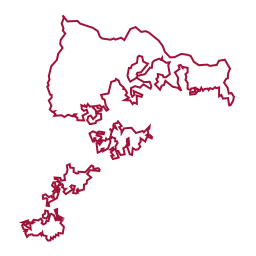 Ñürüm, Veraguas, Panama (orthographic projection)
{"feature_id": "35544464B55183613769543", "entity_name": "Ñürüm", "entity_type": "district", "adm_level": 2, "iso_a3": "PAN", "parent_name": "Panama", "parent_adm1": "Veraguas", "projection": "orthographic", "projection_center": [-81.4, 8.371], "detail": "fine", "context": "isolated", "style": "outline", "palette": "rose", "viewbox_px": 256, "rotation_deg": 0, "n_neighbors": 0, "source": "geoboundaries", "source_scale": "gbopen_adm2", "svg_char_len": 5706}
<svg xmlns="http://www.w3.org/2000/svg" viewBox="0 0 256 256"><path d="M62.7,15.4L63.8,17.9L61.7,23.6L63.5,28.3L62.8,30.5L65.3,33.6L60.7,39.9L60.2,44.1L62.6,48.0L58.2,53.7L56.9,59.9L51.2,66.3L48.8,76.3L49.5,79.7L47.7,82.9L48.7,85.4L47.3,86.6L50.1,94.6L51.6,95.0L51.6,97.7L48.8,100.4L51.4,105.7L49.8,109.5L52.3,111.8L54.5,111.4L53.5,112.5L55.4,114.2L54.3,115.8L61.6,115.3L64.4,117.0L68.1,114.7L72.7,116.3L73.9,114.4L76.1,114.3L74.8,116.5L77.3,117.6L77.4,120.2L84.0,120.5L82.5,115.7L87.8,112.8L86.8,109.9L83.6,110.8L81.8,109.0L81.4,105.2L84.6,106.5L84.9,105.4L86.5,107.0L87.8,104.1L89.8,106.5L94.6,106.2L93.1,107.8L95.8,110.3L96.5,115.7L93.1,119.1L90.8,115.6L88.4,116.5L87.2,120.3L89.9,124.2L95.6,123.1L96.2,121.1L101.3,119.1L101.0,113.8L97.9,113.5L97.5,111.4L101.3,110.6L101.7,109.2L97.5,107.9L96.6,105.9L99.7,105.3L101.9,107.3L103.5,106.4L106.4,110.7L108.3,109.5L105.7,105.2L104.6,99.6L102.5,98.7L101.1,94.9L108.5,93.4L111.2,81.9L115.3,80.6L116.1,78.9L118.7,80.7L120.1,84.4L123.8,87.5L123.3,89.0L124.9,89.2L127.1,92.7L125.5,95.1L128.9,97.7L124.5,100.2L130.2,100.4L132.6,104.1L134.0,102.5L136.9,103.8L136.7,95.6L141.5,96.9L142.3,94.9L133.5,91.0L134.5,94.8L132.3,96.7L130.9,93.7L131.0,88.1L135.2,86.1L139.9,87.7L143.4,84.4L150.5,88.7L151.4,86.3L149.7,81.8L144.0,82.1L137.8,78.6L136.7,76.3L136.7,77.7L130.3,81.6L128.4,78.4L127.5,75.8L128.9,68.0L130.8,68.2L131.8,65.3L137.0,62.8L137.7,57.0L139.1,55.8L142.1,56.7L143.3,61.6L147.9,63.8L141.0,72.3L137.4,72.8L136.6,74.3L137.9,75.7L144.9,74.2L150.0,67.6L151.8,67.8L152.5,62.3L154.6,60.5L159.1,58.7L160.9,59.8L162.1,57.8L162.3,60.2L166.3,62.8L169.6,62.3L168.2,65.3L169.8,74.2L166.0,77.2L163.5,77.2L162.7,75.1L157.8,74.1L158.1,77.3L156.3,79.1L157.9,81.8L155.0,84.3L160.0,89.7L161.7,85.7L164.0,84.9L165.4,80.8L172.6,86.7L177.6,87.8L181.3,90.8L177.6,83.0L178.2,77.9L174.9,72.4L179.6,68.9L178.6,65.6L180.6,64.9L182.8,68.0L183.1,67.0L187.6,67.9L187.6,72.4L185.4,74.2L186.4,76.5L185.5,79.9L187.7,82.8L187.6,88.9L190.5,90.1L191.0,88.6L194.6,88.0L195.1,91.6L190.0,92.4L190.2,94.6L195.5,94.0L198.1,90.7L199.8,91.4L197.3,90.0L196.5,88.4L200.2,90.5L201.3,87.8L203.0,90.7L204.5,89.0L207.7,88.6L208.6,90.1L209.9,88.1L212.8,89.1L215.1,87.2L216.3,88.2L219.1,87.4L219.1,96.4L221.4,95.0L222.9,98.6L228.0,98.1L229.2,105.3L230.5,105.2L233.1,100.9L233.9,96.8L231.5,93.0L228.8,93.6L227.6,87.7L224.0,82.6L226.1,78.8L227.9,78.3L228.0,73.8L230.0,68.7L224.8,59.7L218.9,60.8L216.8,64.9L209.9,65.9L207.1,64.6L198.9,65.2L193.9,61.9L190.7,56.0L187.5,54.8L181.4,53.9L174.6,57.1L170.2,57.4L164.8,51.8L162.7,45.9L158.5,40.4L148.6,32.4L145.7,31.2L141.2,31.9L135.5,27.1L130.3,29.1L124.3,40.1L121.2,37.7L115.4,39.6L113.7,38.5L110.5,39.7L102.1,38.5L99.8,36.6L97.8,31.2L93.0,27.9L80.1,23.6L77.5,21.0L67.4,21.4L62.7,15.4ZM112.9,159.0L118.7,157.5L116.1,151.0L118.3,151.0L120.5,155.0L124.7,154.4L123.3,148.2L125.7,146.9L128.0,142.2L126.9,141.9L127.0,139.2L128.5,138.2L129.2,144.9L127.1,146.5L129.8,154.2L132.0,155.0L132.8,148.1L135.5,149.8L138.0,149.4L140.3,146.7L138.9,144.0L140.6,141.7L140.6,138.3L145.2,141.5L147.3,136.5L151.7,138.4L152.1,137.1L150.2,135.2L146.8,134.9L148.4,133.5L147.5,129.9L149.3,128.7L149.6,126.3L143.9,132.3L142.7,131.0L135.9,133.0L131.5,127.8L123.9,128.4L121.6,132.8L121.5,130.4L119.2,127.2L121.6,126.0L118.0,121.4L117.1,123.0L113.8,123.9L113.2,126.0L114.0,127.1L115.2,126.1L116.4,128.6L113.7,127.1L112.2,131.0L109.6,128.6L111.7,131.3L110.7,135.9L109.7,138.8L106.7,139.7L106.1,138.7L105.4,140.8L99.4,139.6L101.6,137.6L101.0,136.4L96.5,135.5L97.0,133.6L103.7,134.2L104.2,132.4L99.0,131.5L96.6,132.9L93.0,131.3L89.5,133.5L92.9,141.6L94.0,141.5L94.3,138.1L95.5,138.3L95.4,140.6L101.6,142.0L99.7,144.7L98.0,142.5L96.5,143.2L97.7,152.7L101.1,151.1L101.6,148.9L103.5,148.5L103.2,151.1L107.9,148.6L110.5,141.9L110.0,139.6L112.2,137.2L115.2,138.4L115.2,141.3L116.9,141.3L117.6,143.0L115.5,146.3L115.7,149.8L113.5,149.3L113.0,147.6L110.4,149.6L113.1,150.3L110.8,152.1L113.5,155.6L111.3,156.0L112.9,159.0ZM30.7,229.3L24.8,225.1L27.7,223.8L27.0,222.8L28.9,223.2L28.0,220.5L22.3,222.4L24.4,222.9L22.1,225.3L23.6,229.3L26.6,229.8L25.0,231.0L26.7,231.2L25.2,233.1L27.1,236.9L28.8,234.9L32.2,234.3L33.3,235.4L37.6,235.5L40.5,233.3L41.3,235.1L42.4,232.6L43.0,235.3L46.5,236.1L46.3,238.6L48.1,240.6L50.5,240.3L51.0,237.5L52.8,238.9L53.6,236.6L55.2,237.2L56.0,234.6L58.4,235.5L58.4,233.0L62.7,233.5L63.9,226.8L60.4,223.1L62.4,220.2L58.6,220.2L58.5,216.2L60.1,218.3L62.2,217.9L57.0,215.2L57.1,209.1L54.8,209.9L56.8,215.3L57.7,215.8L55.9,217.9L57.7,219.5L55.7,220.3L53.9,215.3L51.6,213.9L48.5,214.5L47.7,211.0L45.2,210.6L45.1,213.6L42.8,214.9L43.1,217.5L46.5,218.6L48.6,215.0L50.0,215.3L48.4,221.0L46.4,220.9L45.5,223.4L43.2,224.4L41.7,223.2L42.5,221.0L40.9,218.6L38.3,220.4L33.6,219.8L32.0,222.1L33.8,222.4L32.4,223.5L30.1,222.6L30.7,229.3ZM54.8,178.9L57.3,179.4L58.8,180.9L57.5,181.6L60.4,182.9L58.1,185.8L62.4,184.2L63.1,185.4L61.6,187.9L62.8,186.9L64.3,189.3L65.7,189.0L63.5,191.7L65.8,194.1L72.8,189.4L70.4,186.5L71.6,185.3L74.8,186.0L73.1,192.9L75.9,193.5L77.8,192.9L76.7,190.1L77.9,189.0L79.1,190.9L83.9,189.4L84.0,184.7L86.7,183.6L86.9,180.5L91.2,177.5L87.2,174.0L90.0,170.2L99.3,171.0L99.6,169.6L98.3,168.2L93.5,168.9L93.2,166.2L91.4,165.5L85.4,172.2L78.5,171.7L78.3,173.3L76.7,173.5L73.6,171.9L73.7,168.0L70.2,167.6L69.7,164.2L66.9,165.4L67.5,170.0L66.4,173.7L64.3,175.0L65.0,180.1L61.2,180.6L60.3,177.9L54.6,177.5L54.8,178.9ZM42.8,195.4L43.1,198.8L46.4,198.2L47.4,199.3L46.6,205.6L49.0,206.0L48.6,202.5L56.9,198.2L59.7,189.1L58.5,187.9L57.4,192.0L56.3,191.8L55.7,190.2L57.6,186.8L55.3,185.9L55.1,182.3L53.5,182.3L52.0,185.5L55.7,188.9L53.0,191.4L54.6,192.7L53.2,194.2L53.8,197.6L52.3,197.7L51.2,195.9L49.0,197.2L45.5,194.3L42.8,195.4Z" fill="none" stroke="#9f1239" stroke-width="2"/></svg>